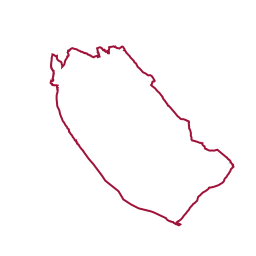 Lørenskog nor, Akershus, Norway, rotated 315°
{"feature_id": "86288312B90903207900290", "entity_name": "Lørenskog nor", "entity_type": "district", "adm_level": 2, "iso_a3": "NOR", "parent_name": "Norway", "parent_adm1": "Akershus", "projection": "orthographic", "projection_center": [10.997, 59.897], "detail": "fine", "context": "isolated", "style": "outline", "palette": "rose", "viewbox_px": 256, "rotation_deg": 315, "n_neighbors": 0, "source": "geoboundaries", "source_scale": "gbopen_adm2", "svg_char_len": 5706}
<svg xmlns="http://www.w3.org/2000/svg" viewBox="0 0 256 256"><g transform="rotate(315 128 128)"><path d="M165.9,53.5L165.7,53.0L165.8,52.6L165.6,51.9L165.5,51.4L164.6,50.7L162.5,49.8L161.2,52.0L160.8,52.5L160.2,52.8L159.9,53.3L160.4,53.6L159.6,55.4L159.1,55.4L158.9,56.4L158.4,57.4L156.8,56.5L157.1,55.9L157.2,55.1L154.6,53.8L153.8,53.8L153.6,53.5L153.4,52.8L153.0,52.1L153.0,51.9L152.8,51.3L152.9,51.0L152.8,50.1L152.3,49.6L152.3,49.2L152.1,48.7L151.7,47.9L151.5,47.5L151.6,47.3L151.6,47.0L151.8,46.7L150.6,44.9L150.8,44.7L150.4,44.2L150.3,44.3L149.9,43.7L149.8,43.4L149.9,43.2L149.7,42.6L149.7,42.2L149.2,41.4L148.7,40.9L148.7,40.2L147.8,38.1L147.5,37.2L147.5,36.7L147.2,35.8L146.1,34.3L145.5,32.8L145.1,32.4L145.0,32.1L143.0,31.5L141.1,31.9L140.7,31.5L140.6,30.9L140.4,30.9L139.0,31.9L138.7,32.0L137.9,34.0L137.6,34.5L136.9,34.9L135.7,34.4L135.5,34.5L135.3,34.8L135.4,35.0L134.7,35.2L131.4,35.9L127.7,38.1L124.7,38.2L125.5,37.5L126.0,36.9L126.1,36.3L127.0,35.0L127.4,34.0L126.5,31.1L126.6,29.6L126.8,28.7L128.7,26.8L127.7,26.5L127.2,23.4L126.6,22.5L125.8,23.2L123.7,24.4L121.7,26.3L120.5,27.0L120.3,27.3L119.2,28.1L119.0,28.5L118.3,28.8L117.9,29.4L117.7,29.4L117.2,30.2L116.8,30.3L116.6,31.2L116.5,31.4L116.1,31.5L116.0,32.5L115.9,32.8L115.6,33.1L115.7,33.5L115.8,34.0L115.8,34.4L115.5,34.7L115.6,35.0L115.2,35.0L114.7,36.2L114.5,36.3L114.1,37.0L113.4,37.5L113.2,37.3L111.9,38.3L111.8,38.6L111.2,38.8L110.5,39.4L109.6,39.7L109.5,40.5L109.4,40.9L108.8,41.5L108.2,41.6L107.6,41.2L107.4,40.9L107.5,40.4L107.3,40.1L105.6,41.0L105.2,41.4L105.1,41.7L105.2,41.9L105.1,42.1L105.6,43.0L105.4,43.3L105.0,43.5L104.9,44.2L105.2,44.6L105.8,44.9L105.8,45.4L106.2,45.9L107.4,46.8L108.2,48.1L107.5,48.2L106.6,48.8L106.5,49.3L106.7,49.8L105.6,50.2L105.5,50.3L105.7,50.6L105.7,50.9L105.2,51.5L104.2,52.0L103.7,52.7L103.3,52.9L103.0,53.2L102.3,53.4L100.7,54.4L98.4,56.6L93.4,62.6L91.8,67.1L89.7,70.3L86.8,77.1L86.6,79.2L86.0,81.0L85.6,82.9L85.6,83.6L85.5,84.4L85.2,85.2L84.9,85.6L85.2,87.1L84.5,87.9L84.3,88.5L83.8,88.7L83.6,88.9L83.7,89.9L83.2,91.9L83.2,93.5L82.7,94.9L82.7,95.1L82.5,95.7L82.5,96.2L82.4,96.8L82.1,98.4L81.8,98.9L81.9,99.3L81.8,99.7L81.9,99.9L82.4,100.1L81.7,100.8L82.0,101.2L82.0,101.4L81.0,102.9L81.4,103.4L81.1,103.7L81.0,104.6L81.2,105.1L81.0,106.0L80.7,106.5L80.5,108.0L80.5,108.4L80.3,109.2L80.3,109.8L80.2,110.7L80.3,111.6L80.2,112.1L80.0,112.3L80.1,113.1L79.8,113.6L78.4,122.3L78.0,128.6L75.9,143.3L74.7,149.2L76.6,166.0L74.2,175.3L76.1,184.2L78.7,192.3L85.4,203.4L86.7,206.3L90.3,216.4L91.0,218.3L91.1,218.7L90.8,220.0L91.0,221.7L91.4,222.9L91.8,223.6L91.9,224.0L92.1,224.1L92.1,224.5L92.5,225.0L92.8,225.8L93.4,226.2L93.4,226.5L93.2,226.7L93.3,227.6L93.8,229.2L93.8,229.8L94.3,230.4L94.5,231.1L94.8,231.7L94.9,232.1L95.1,232.7L95.9,233.0L96.8,233.1L95.7,230.1L96.3,229.6L96.1,229.2L96.8,229.2L99.2,229.9L101.1,230.1L103.4,229.9L104.7,229.6L107.0,229.4L108.5,229.4L110.7,229.0L112.8,228.9L113.7,228.8L114.9,228.3L116.9,228.1L118.9,228.1L120.4,227.8L121.9,228.2L123.7,228.2L125.2,228.3L125.7,228.2L128.7,226.4L130.3,226.4L131.5,226.6L134.6,226.5L135.9,226.7L138.0,227.4L140.8,227.8L141.9,227.9L142.6,227.8L142.9,227.5L143.6,227.7L144.1,228.4L144.6,228.7L147.3,230.4L151.5,232.4L153.0,232.8L154.5,233.1L155.5,233.4L156.4,233.5L157.7,233.5L158.5,233.3L159.6,232.6L160.1,232.4L161.4,232.2L162.8,232.3L165.6,231.6L167.1,231.5L168.0,231.1L168.7,231.1L169.3,230.9L170.1,230.7L171.6,229.9L173.6,230.0L173.9,229.8L175.1,230.0L175.4,228.6L175.7,228.3L176.2,228.5L176.3,228.4L176.3,227.4L176.1,226.9L176.5,225.0L176.2,224.8L177.0,223.8L176.9,222.7L177.1,222.4L177.2,222.2L176.9,221.5L177.0,221.2L176.8,220.9L176.8,220.1L176.9,219.9L176.9,219.4L177.1,219.0L176.9,218.8L175.8,206.6L172.8,204.8L171.3,203.1L169.8,201.8L168.6,199.2L168.7,198.4L168.2,197.8L167.9,197.2L168.0,196.9L168.1,196.6L168.3,196.2L168.9,195.7L169.1,195.2L169.1,194.7L168.8,193.9L168.8,192.7L169.2,191.9L169.9,191.4L169.5,190.8L168.9,190.3L168.8,189.7L168.2,189.1L167.7,187.8L167.3,187.2L167.0,186.3L166.7,185.6L166.3,185.2L165.7,183.9L165.3,183.4L165.3,183.1L164.6,182.3L164.6,181.7L164.7,181.2L165.0,180.7L166.0,179.9L166.3,179.4L166.7,178.4L167.2,177.6L168.6,176.4L169.2,175.6L169.4,175.1L169.9,174.4L170.7,172.9L170.9,172.3L170.8,171.7L171.1,171.3L172.5,170.0L172.5,169.6L173.5,168.7L173.9,168.0L175.0,167.3L175.2,167.0L175.2,166.3L175.4,166.4L175.6,166.3L175.5,166.1L175.5,165.8L175.2,165.0L174.8,164.5L174.6,163.3L174.2,162.8L174.1,162.2L173.4,161.0L171.8,159.2L171.6,158.4L171.7,157.1L171.6,156.0L171.4,154.9L171.9,150.0L172.1,147.2L172.3,144.7L172.4,144.0L172.4,143.1L172.5,141.2L172.1,140.8L172.1,140.7L172.2,140.1L172.7,139.2L172.6,138.8L172.8,138.3L173.1,135.7L173.4,134.9L173.4,133.6L173.6,132.2L173.9,131.3L174.4,130.8L174.3,130.1L174.5,129.8L174.6,129.0L174.6,128.0L175.0,126.1L174.9,122.8L175.2,118.9L174.7,115.2L174.7,113.9L176.0,113.8L177.0,113.1L178.2,112.6L179.1,113.5L180.2,113.5L181.1,110.5L181.2,109.7L181.5,108.3L181.2,106.7L180.5,105.8L179.8,105.4L179.3,104.5L179.2,102.7L178.7,101.1L178.0,99.2L178.3,94.6L178.1,91.6L179.3,88.0L179.0,86.0L179.6,84.4L179.6,80.1L179.6,79.6L179.7,79.4L180.0,78.4L180.0,76.3L180.1,73.2L180.4,72.5L180.5,72.0L180.7,71.4L180.3,70.5L180.8,70.5L181.3,69.8L181.8,66.9L181.4,66.2L178.1,65.7L177.4,64.5L176.6,63.4L176.5,63.0L176.6,62.4L176.5,62.0L176.6,61.6L176.6,61.4L175.8,61.2L175.7,60.9L175.8,60.7L175.6,60.1L173.5,58.8L172.1,57.6L171.8,57.5L171.6,57.6L171.5,58.0L171.0,58.5L170.5,58.8L169.9,59.1L169.3,59.6L168.6,60.4L168.1,60.8L167.8,61.3L167.7,61.3L167.6,61.6L167.2,61.7L166.7,60.9L167.7,59.3L167.7,58.7L166.2,58.6L166.2,58.1L165.9,56.6L166.7,56.4L166.7,56.1L166.3,56.0L165.9,55.1L165.5,55.0L165.6,54.4L165.6,54.2L165.9,53.5Z" fill="none" stroke="#9f1239" stroke-width="2"/></g></svg>